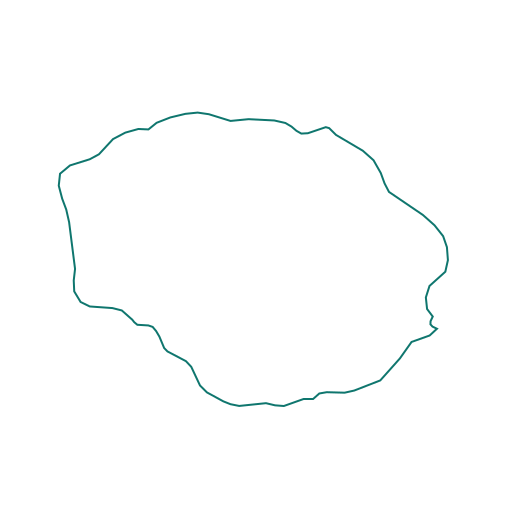 the border of La Réunion, rotated 161°
{"feature_id": "FRA-4601", "entity_name": "La Réunion", "entity_type": "Overseas department", "adm_level": 1, "iso_a3": "FRA", "parent_name": "France", "parent_adm1": "", "projection": "orthographic", "projection_center": [55.548, -21.116], "detail": "fine", "context": "isolated", "style": "outline", "palette": "teal", "viewbox_px": 512, "rotation_deg": 161, "n_neighbors": 0, "source": "natural_earth", "source_scale": "10m", "svg_char_len": 1165}
<svg xmlns="http://www.w3.org/2000/svg" viewBox="0 0 512 512"><g transform="rotate(161 256 256)"><path d="M400.6,248.2L408.7,253.5L429.6,262.4L436.8,269.6L439.4,281.7L436.3,292.2L431.3,302.7L421.7,348.8L420.3,361.7L420.6,373.3L419.6,386.7L414.5,397.6L402.4,402.2L381.7,401.6L371.4,403.3L353.1,413.1L339.4,415.2L325.9,414.4L316.5,410.7L306.6,414.3L291.9,414.9L276.5,413.4L264.5,410.6L254.4,405.4L236.1,392.0L218.5,387.8L194.6,378.2L184.9,372.2L180.3,366.8L177.0,361.2L173.3,357.0L167.0,355.2L148.1,355.1L145.2,353.1L140.9,344.4L120.7,320.7L113.7,308.3L111.0,293.8L110.8,282.8L109.4,273.3L84.8,240.4L77.2,226.9L72.6,213.8L72.6,202.2L75.9,189.6L82.1,179.5L101.7,171.2L108.9,161.5L111.5,150.2L108.6,141.2L112.2,137.5L113.3,134.6L112.1,131.8L108.6,128.3L117.7,124.3L136.9,124.1L153.3,112.3L179.0,97.9L206.9,96.8L216.7,97.9L233.5,104.2L240.9,105.4L248.6,102.2L257.5,105.3L278.5,105.1L286.6,108.6L294.5,113.6L320.7,119.7L328.4,124.2L334.2,129.2L346.8,143.0L351.1,151.8L353.3,172.3L356.5,179.4L370.8,194.6L372.8,198.9L373.6,211.3L374.9,217.6L376.8,222.6L380.4,225.4L390.6,229.6L392.7,233.1L393.7,236.0L400.6,248.2Z" fill="none" stroke="#0f766e" stroke-width="2"/></g></svg>